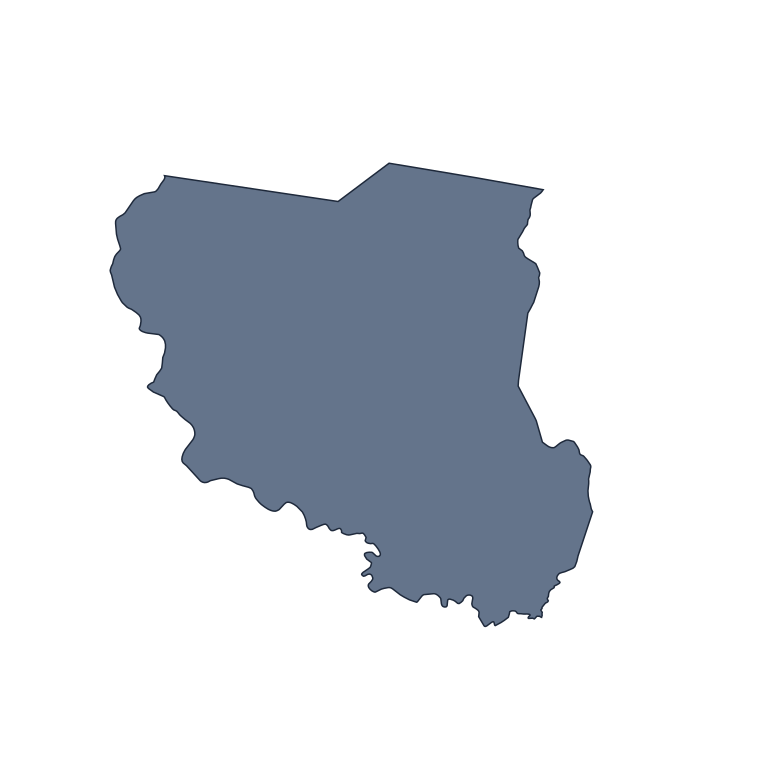 the district of San Marcos, Santa Bárbara, Honduras, rotated 248°
{"feature_id": "27666195B40809128774202", "entity_name": "San Marcos", "entity_type": "district", "adm_level": 2, "iso_a3": "HND", "parent_name": "Honduras", "parent_adm1": "Santa Bárbara", "projection": "natural_earth1", "projection_center": [-88.436, 15.258], "detail": "fine", "context": "isolated", "style": "filled", "palette": "slate", "viewbox_px": 768, "rotation_deg": 248, "n_neighbors": 0, "source": "geoboundaries", "source_scale": "gbopen_adm2", "svg_char_len": 6171}
<svg xmlns="http://www.w3.org/2000/svg" viewBox="0 0 768 768"><g transform="rotate(248 384 384)"><path d="M117.9,447.1L120.2,451.2L120.5,452.2L120.4,452.8L120.7,454.2L121.4,455.1L123.7,454.9L124.5,455.5L125.4,456.8L128.2,458.3L129.6,459.5L130.7,461.4L131.4,465.3L132.0,465.8L132.8,466.1L133.0,467.3L133.0,468.8L133.4,471.5L133.9,472.7L135.1,472.8L136.5,471.8L137.9,471.3L139.5,471.5L141.0,472.6L142.0,474.1L142.7,475.6L142.6,478.2L142.2,481.4L142.3,487.5L142.4,490.2L143.2,492.5L147.3,496.3L151.9,499.5L187.4,529.6L189.1,529.4L190.7,529.4L195.7,530.3L197.2,530.3L200.4,530.8L203.5,531.4L208.6,533.1L214.8,536.4L217.4,537.5L219.3,538.1L225.2,542.2L227.7,543.4L229.5,544.6L230.6,545.0L231.9,545.0L237.3,543.8L241.8,542.3L242.8,541.8L244.3,540.2L245.4,539.5L246.6,539.4L249.9,540.1L251.5,540.0L253.4,539.8L258.6,538.7L259.7,538.2L262.9,534.0L263.4,532.9L263.7,531.8L263.5,527.3L263.3,525.4L262.7,523.2L261.7,520.1L261.4,518.7L261.3,517.8L261.7,516.6L262.5,515.1L264.0,513.4L265.5,512.3L270.7,509.1L292.8,511.4L295.3,511.3L331.8,507.6L336.8,510.0L395.8,543.9L399.2,548.2L402.5,552.0L403.5,553.3L416.2,563.9L418.5,565.4L420.7,566.4L424.7,567.2L426.5,568.8L428.6,570.0L434.8,570.0L438.7,569.8L440.0,568.9L446.2,564.3L448.3,562.9L449.4,562.4L450.7,562.2L453.2,562.4L455.7,562.1L459.5,559.8L462.4,560.2L465.0,561.0L467.6,562.1L468.1,562.6L473.3,569.6L475.6,572.2L476.6,573.8L477.6,575.8L478.3,576.8L480.3,577.8L482.4,579.1L482.9,579.7L483.8,581.1L485.3,582.5L486.9,583.3L490.7,584.5L492.5,586.0L494.4,587.2L499.4,590.9L499.8,591.6L500.2,592.5L502.4,600.7L503.3,602.5L504.5,604.4L540.4,547.2L586.8,471.4L570.4,409.8L659.4,258.5L658.5,258.5L657.6,258.2L656.8,257.6L655.8,256.6L653.0,252.0L649.7,247.8L648.4,245.3L648.1,244.2L648.1,243.2L650.3,233.0L650.1,227.9L649.6,224.5L648.9,222.4L647.8,220.3L639.7,208.1L638.8,205.4L638.4,202.0L638.0,200.2L637.5,198.6L636.7,197.3L635.5,196.2L633.5,195.3L623.2,192.1L618.3,191.3L610.8,190.8L608.4,190.5L607.8,190.3L607.3,189.8L606.7,189.0L604.8,184.8L603.8,183.2L602.9,182.0L600.4,179.8L597.1,177.5L595.3,175.4L593.7,174.0L592.4,173.0L591.7,172.6L590.1,172.3L587.1,172.3L574.7,170.4L566.7,170.5L559.2,171.5L557.4,171.9L551.6,174.5L550.1,175.6L547.8,177.9L543.3,180.9L539.8,182.7L537.5,183.2L535.4,183.0L533.2,182.2L529.5,180.0L527.4,178.0L526.8,177.8L526.0,177.9L524.8,178.4L523.2,179.6L521.0,182.1L519.7,184.0L514.5,193.3L514.0,194.0L512.2,195.1L510.1,196.1L508.0,196.6L506.0,196.8L502.5,196.2L499.3,194.9L494.9,192.1L491.4,188.8L486.4,186.3L482.0,183.8L480.0,180.9L477.7,176.7L474.3,173.2L472.1,171.2L472.0,170.6L472.0,168.5L471.4,165.7L470.6,164.2L469.8,163.6L468.8,163.7L467.5,164.3L462.9,167.2L455.0,174.9L454.4,175.3L453.7,175.5L450.8,175.8L447.3,176.5L443.5,177.5L440.2,178.6L438.7,179.4L437.4,180.8L436.4,181.6L434.9,182.2L432.1,183.0L429.9,184.0L425.5,186.3L420.1,189.6L417.6,190.5L414.7,191.0L412.5,190.9L410.2,190.5L408.0,189.7L406.7,188.8L405.4,187.6L404.0,186.0L397.8,175.4L396.7,174.0L394.9,171.9L392.0,169.5L389.8,168.3L387.8,167.9L385.9,168.3L382.2,170.3L363.4,177.3L362.1,178.0L360.9,179.1L359.9,180.5L359.3,182.3L359.1,184.0L359.4,186.9L358.2,195.1L357.6,197.9L356.4,200.8L355.0,202.9L353.6,204.5L346.4,210.4L342.7,214.8L339.0,219.7L337.4,221.3L336.7,221.8L335.8,222.1L333.7,222.5L331.7,222.5L328.7,222.1L326.6,222.2L324.9,222.6L321.0,223.9L318.3,225.1L314.5,227.4L311.3,229.7L309.4,231.5L308.1,233.1L307.4,234.3L306.8,235.6L306.6,237.0L306.7,238.7L306.9,239.9L310.0,246.5L310.7,248.8L310.6,250.0L310.2,251.1L309.2,252.7L308.1,253.8L306.2,255.4L303.2,257.4L295.9,260.4L292.0,260.8L288.5,260.7L285.2,260.3L282.4,259.5L280.6,259.2L278.6,259.6L277.8,260.0L277.1,260.6L276.5,261.6L276.1,263.2L276.4,267.4L276.5,273.2L276.4,275.7L276.0,277.2L275.4,277.8L274.1,278.5L272.9,278.8L270.5,279.1L268.9,279.7L268.1,280.1L267.5,280.9L267.1,282.1L267.0,283.7L267.1,287.1L266.9,288.2L266.6,289.0L265.8,289.5L264.3,289.7L263.5,289.6L262.5,289.1L262.0,289.2L260.5,290.4L258.3,292.8L257.4,294.3L256.9,295.7L255.7,302.9L254.4,305.5L254.0,307.8L253.7,308.3L253.1,308.9L251.3,309.5L248.4,309.9L245.8,307.9L244.9,307.9L243.4,308.6L242.3,309.7L241.0,311.8L240.5,313.7L240.0,314.4L239.2,314.9L236.9,315.8L233.5,316.7L229.9,317.2L228.2,317.1L227.2,316.7L226.5,316.0L226.2,315.1L226.3,314.0L226.8,313.0L227.5,312.3L232.0,310.2L232.6,309.5L233.6,307.2L234.2,304.8L234.1,302.9L233.9,302.5L233.4,302.1L232.1,301.7L228.1,302.4L223.2,305.4L222.9,305.4L222.3,305.1L220.5,303.8L219.2,302.5L218.5,300.0L217.2,294.0L216.5,292.5L216.1,292.1L215.6,291.9L214.4,292.3L213.4,293.1L213.2,294.5L213.6,297.6L213.4,298.7L213.1,299.6L212.4,300.3L211.9,300.7L211.1,301.0L208.9,301.0L208.0,300.8L207.3,300.4L206.6,299.5L205.8,298.3L204.3,294.9L203.5,294.1L202.5,293.7L201.0,293.6L198.8,294.2L196.7,295.3L195.2,296.6L194.5,297.5L194.3,298.2L194.8,304.7L194.5,307.5L193.7,311.5L193.3,312.6L192.8,313.5L192.1,314.3L190.9,315.2L182.5,320.1L178.8,322.9L174.3,326.8L169.5,332.4L169.4,332.8L169.8,333.8L173.2,339.7L173.8,341.6L173.7,342.3L171.0,351.4L170.4,352.6L169.5,353.6L168.0,354.7L166.3,355.5L164.7,356.1L163.6,356.2L158.7,354.9L157.5,354.8L156.4,355.0L155.7,355.3L155.0,356.0L154.4,356.9L154.1,358.2L154.7,359.4L159.8,362.1L160.0,362.5L160.2,363.1L160.1,363.8L159.9,364.5L157.6,367.3L155.9,368.6L153.1,370.1L152.7,370.6L152.3,371.5L152.7,373.6L153.6,375.9L155.4,377.8L156.2,379.6L156.8,381.0L156.9,381.9L156.7,383.1L156.3,384.2L155.7,385.2L154.3,386.3L153.5,386.4L152.9,386.3L152.0,386.0L147.5,383.2L146.5,382.9L145.0,382.8L143.8,383.1L141.9,384.6L140.4,385.6L139.0,386.4L137.9,386.7L136.6,386.6L132.8,384.6L122.3,386.2L121.7,386.5L121.3,387.0L121.2,387.7L121.2,388.6L122.7,394.4L122.8,395.9L122.5,396.4L122.0,396.7L119.1,396.3L118.6,396.4L118.3,396.7L119.0,403.1L119.8,407.1L121.1,411.9L123.8,414.0L125.8,415.3L125.8,417.6L124.9,419.7L124.2,420.7L123.2,421.3L121.5,421.7L120.8,422.4L119.6,425.1L118.4,427.3L117.1,430.6L116.4,431.9L115.8,432.7L115.3,432.9L114.8,432.7L114.1,431.0L113.5,430.2L112.9,430.0L112.4,430.4L111.2,434.1L109.9,435.3L110.1,436.1L111.3,438.5L111.3,439.1L110.3,441.3L109.5,441.8L108.6,442.7L110.3,444.0L111.7,444.4L113.0,445.2L115.4,444.7L115.8,444.8L116.6,446.4L117.2,446.5L117.9,447.1Z" fill="#64748b" stroke="#1e293b" stroke-width="1.5"/></g></svg>